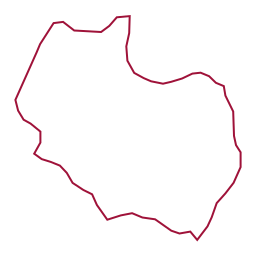 outline of São Sebastião de Lagoa de Roça, Paraíba, Brazil
{"feature_id": "56859067B7602471111252", "entity_name": "São Sebastião de Lagoa de Roça", "entity_type": "district", "adm_level": 2, "iso_a3": "BRA", "parent_name": "Brazil", "parent_adm1": "Paraíba", "projection": "natural_earth1", "projection_center": [-35.852, -7.089], "detail": "fine", "context": "isolated", "style": "outline", "palette": "rose", "viewbox_px": 256, "rotation_deg": 0, "n_neighbors": 0, "source": "geoboundaries", "source_scale": "gbopen_adm2", "svg_char_len": 811}
<svg xmlns="http://www.w3.org/2000/svg" viewBox="0 0 256 256"><path d="M129.7,16.1L116.8,17.3L109.3,25.9L101.1,32.0L90.3,31.4L74.2,30.5L63.1,21.9L53.6,23.1L40.1,44.1L36.7,52.2L15.4,99.9L18.1,110.6L23.6,119.7L30.6,123.6L40.4,131.6L40.4,142.6L34.2,153.7L41.7,159.1L50.7,161.9L59.9,165.6L66.8,172.9L72.6,182.9L83.4,190.0L92.1,194.3L96.9,205.0L107.3,219.7L120.8,215.4L132.1,213.2L142.4,217.5L155.1,219.3L171.3,230.7L179.5,233.5L190.3,231.6L197.2,239.9L207.5,226.4L211.7,217.3L216.7,203.1L225.4,193.4L233.6,182.8L240.6,167.1L240.6,152.3L236.0,145.1L234.0,135.9L233.6,124.0L233.2,111.5L225.4,95.6L223.8,86.1L215.9,82.8L209.1,76.2L200.6,72.7L192.4,73.6L182.1,78.5L171.2,81.8L163.0,83.7L151.1,81.3L143.7,78.1L134.2,72.9L127.4,60.7L126.3,46.4L129.2,33.1L129.7,16.1Z" fill="none" stroke="#9f1239" stroke-width="2"/></svg>